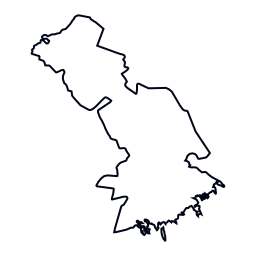 the border of Astrakhan'
{"feature_id": "RUS-2388", "entity_name": "Astrakhan'", "entity_type": "Region", "adm_level": 1, "iso_a3": "RUS", "parent_name": "Russia", "parent_adm1": "", "projection": "albers", "projection_center": [47.293, 47.158], "detail": "fine", "context": "isolated", "style": "outline", "palette": "ink", "viewbox_px": 256, "rotation_deg": 0, "n_neighbors": 0, "source": "natural_earth", "source_scale": "10m", "svg_char_len": 5886}
<svg xmlns="http://www.w3.org/2000/svg" viewBox="0 0 256 256"><path d="M103.5,28.8L97.2,45.7L119.0,53.6L123.4,54.8L124.3,55.5L124.8,56.4L124.8,57.0L124.3,58.3L123.2,59.4L123.4,60.0L124.7,61.5L125.0,62.8L124.5,65.1L124.5,66.3L125.1,67.1L127.5,67.4L128.3,68.2L127.7,69.5L125.9,71.1L121.8,73.8L122.1,74.6L125.2,78.5L126.8,81.4L126.8,81.9L125.9,82.8L125.1,84.8L125.3,85.5L126.0,86.6L127.5,88.0L135.7,93.8L136.4,93.6L136.7,92.3L137.0,89.3L137.0,85.3L137.2,84.3L138.0,83.7L139.1,83.8L148.5,88.3L166.0,87.9L169.0,89.3L171.8,91.6L180.2,105.9L182.5,109.0L183.7,110.1L185.3,110.7L186.9,110.8L187.6,111.3L195.6,131.5L209.9,153.0L207.4,156.3L206.0,157.5L199.1,158.9L198.0,158.5L196.8,156.0L196.0,154.9L195.1,154.1L192.5,153.3L189.7,153.9L187.4,155.9L186.3,159.1L185.2,160.6L187.0,161.1L188.6,162.1L189.0,162.7L189.4,164.6L190.2,165.1L189.1,166.7L190.7,167.3L194.8,167.3L196.6,167.7L197.9,168.8L199.1,170.1L201.9,172.3L205.4,172.0L206.4,172.5L208.3,174.4L211.7,177.0L220.6,181.8L222.3,184.1L223.8,185.2L224.3,186.0L224.0,186.8L223.2,186.9L221.7,185.8L219.3,185.1L217.6,184.3L216.8,183.1L217.9,181.9L217.1,181.4L216.6,181.8L215.8,183.4L214.3,184.2L213.8,184.7L214.0,185.6L213.4,186.2L213.1,187.0L214.4,187.0L215.2,187.7L215.5,189.0L216.0,193.1L215.7,193.6L214.8,192.9L213.6,190.9L213.1,190.6L212.4,190.7L211.4,192.0L210.2,192.3L208.5,193.8L207.6,194.4L207.6,194.8L208.6,196.6L207.9,197.8L207.5,198.1L207.3,197.7L207.1,196.4L206.7,195.0L205.9,194.0L205.1,193.5L205.4,195.7L205.4,196.6L204.8,196.0L203.9,194.5L203.2,194.0L202.9,194.5L203.8,195.5L204.6,197.2L204.9,198.6L204.2,198.9L203.5,198.0L203.0,196.7L202.3,195.6L201.1,195.4L202.4,197.0L202.8,198.0L202.7,199.4L202.4,200.1L201.9,200.1L201.6,199.6L201.4,198.8L200.7,197.5L199.1,196.1L197.5,195.4L197.0,196.3L196.7,196.3L196.2,195.9L195.9,196.0L195.5,196.8L195.3,198.0L193.6,198.2L196.4,199.5L198.3,202.6L197.5,204.1L195.8,205.0L194.7,205.9L195.0,206.8L196.1,206.0L197.0,205.7L198.9,205.8L199.5,206.1L199.6,206.9L199.5,207.7L199.0,208.9L199.1,209.5L199.8,210.3L199.8,211.2L201.0,213.1L201.4,214.3L200.2,213.6L199.2,214.3L198.2,214.5L197.9,215.0L198.0,216.1L197.0,215.2L196.6,213.9L196.8,212.5L197.7,211.7L196.9,211.7L196.2,211.5L194.8,210.2L194.0,209.9L193.8,209.7L193.5,208.6L192.2,206.7L191.3,205.9L190.5,206.2L189.0,207.1L188.4,208.0L186.4,208.0L185.0,209.7L183.2,212.8L182.5,212.3L181.9,212.3L181.5,212.7L181.8,213.5L183.8,213.9L184.1,214.4L183.5,214.9L179.1,214.6L178.4,214.9L178.2,215.5L178.2,217.4L177.9,218.3L177.6,218.7L176.7,219.2L175.5,219.5L175.3,219.7L175.4,220.6L176.3,222.3L176.4,223.3L173.5,221.4L172.0,221.1L171.4,222.4L169.4,220.8L168.8,220.6L168.1,221.0L167.3,222.2L166.1,222.8L165.8,223.2L165.6,224.0L164.4,222.5L163.8,222.0L162.0,222.7L160.5,224.5L160.3,224.3L159.5,222.6L158.8,222.5L158.3,223.0L158.1,223.7L158.2,225.4L157.7,226.8L157.7,227.4L158.5,227.9L157.9,229.2L156.9,230.2L155.0,227.3L154.5,225.3L153.8,224.7L152.4,224.4L151.7,223.5L151.1,223.9L149.9,223.7L149.3,222.8L148.9,221.5L147.8,220.3L146.0,219.5L145.0,219.5L144.6,220.1L144.8,221.3L145.3,221.5L145.9,221.2L146.5,221.2L146.5,221.5L147.1,222.9L148.1,223.6L147.9,225.0L148.1,226.0L147.3,226.3L147.2,226.5L147.5,227.1L147.3,228.2L148.0,228.7L149.7,229.3L149.0,231.3L148.9,232.1L149.4,233.4L148.2,233.4L147.6,232.7L146.9,230.2L146.2,229.1L144.2,226.4L143.6,226.1L141.5,226.2L140.3,225.0L139.2,224.6L139.3,224.0L140.2,223.1L142.4,223.1L141.4,222.2L138.8,221.9L138.3,221.0L137.5,220.7L137.0,220.9L136.7,221.5L136.9,222.0L138.2,223.3L138.3,224.8L139.0,225.8L139.9,225.8L140.9,227.1L143.0,227.5L143.9,227.9L144.7,228.9L144.5,229.4L145.6,232.9L145.6,233.5L145.4,233.8L144.3,234.9L143.4,234.1L142.7,232.7L142.7,231.2L142.0,231.7L142.0,232.6L142.1,233.1L141.7,232.7L141.3,232.0L141.0,228.8L140.7,228.2L138.4,227.0L136.8,225.4L136.1,225.2L134.8,225.7L133.2,227.7L131.0,227.7L126.3,229.7L115.7,232.2L114.2,232.2L115.0,228.3L121.2,206.7L121.9,205.6L123.5,204.9L124.3,203.9L127.3,199.0L127.4,198.3L127.3,197.6L126.8,196.9L126.0,196.7L123.5,196.7L112.1,199.5L111.9,199.3L111.9,198.3L113.2,193.7L113.8,189.0L113.5,188.7L112.9,188.4L96.9,186.3L96.4,185.5L98.2,182.1L101.3,178.3L104.2,176.1L107.5,175.4L116.8,176.1L117.4,175.9L117.6,174.5L117.3,170.7L116.9,168.9L116.4,167.9L116.8,166.9L118.7,164.3L120.5,162.7L126.3,160.5L127.1,158.1L127.9,157.4L129.2,155.7L128.9,154.7L126.2,150.6L125.9,149.5L125.3,148.5L124.6,148.2L123.7,148.1L120.2,148.4L119.6,148.2L119.1,147.7L116.7,141.1L116.3,140.4L115.7,140.0L112.3,139.2L110.7,138.4L109.7,136.1L108.4,134.4L107.4,132.7L105.1,127.9L104.4,125.9L102.0,120.8L100.6,118.6L99.7,116.9L98.2,112.7L98.0,111.8L98.0,111.0L98.1,110.5L98.7,109.9L110.4,102.0L111.2,100.6L107.2,97.8L105.8,97.3L105.0,97.5L103.9,98.3L95.3,107.0L92.5,109.2L90.7,109.9L89.8,110.0L88.5,109.7L80.5,105.3L73.5,97.5L72.2,95.7L71.5,91.4L70.8,91.1L68.3,90.6L68.0,90.2L67.5,88.1L66.4,85.2L65.4,84.0L64.5,83.4L64.0,82.5L63.1,79.7L62.9,78.2L63.0,75.9L64.5,72.2L64.4,71.8L63.7,70.3L63.1,69.9L61.7,70.1L56.7,72.4L55.9,72.3L49.8,65.9L48.8,65.5L45.3,65.4L44.7,63.1L43.7,61.1L43.1,60.7L39.5,59.5L39.3,58.5L39.5,56.8L39.4,56.4L39.2,56.1L31.8,53.8L31.7,53.5L31.7,52.9L32.3,51.9L32.5,51.0L32.0,50.0L32.1,49.6L33.5,48.5L33.9,47.9L34.0,46.3L34.1,45.9L34.5,45.6L36.6,44.6L37.9,43.5L40.2,42.8L40.6,41.9L40.8,40.4L41.3,39.9L43.5,40.5L46.2,43.3L46.8,43.5L47.9,43.3L49.1,41.4L49.1,40.7L48.2,40.3L47.5,39.3L46.6,38.7L45.9,38.6L43.9,39.1L43.2,38.9L42.1,37.5L41.9,36.8L42.1,36.5L43.4,35.4L44.1,35.0L46.1,35.1L47.9,36.2L51.9,34.4L54.9,34.3L56.8,33.6L59.9,33.0L60.4,32.4L61.2,31.0L62.6,29.7L65.4,29.1L66.2,28.5L70.5,23.7L72.5,20.5L74.0,18.8L74.7,17.2L75.5,16.5L77.5,15.5L79.3,15.4L89.7,17.4L90.1,17.6L90.6,19.0L91.2,19.5L96.1,22.6L103.5,28.8ZM165.2,235.9L165.4,240.4L165.3,240.6L165.0,240.6L163.5,238.8L162.8,237.3L162.0,235.0L161.5,232.6L161.4,229.2L161.5,228.5L162.4,228.3L163.3,227.3L163.5,228.0L163.4,229.1L164.3,231.7L164.5,233.9L165.2,235.9Z" fill="none" stroke="#020617" stroke-width="2"/></svg>